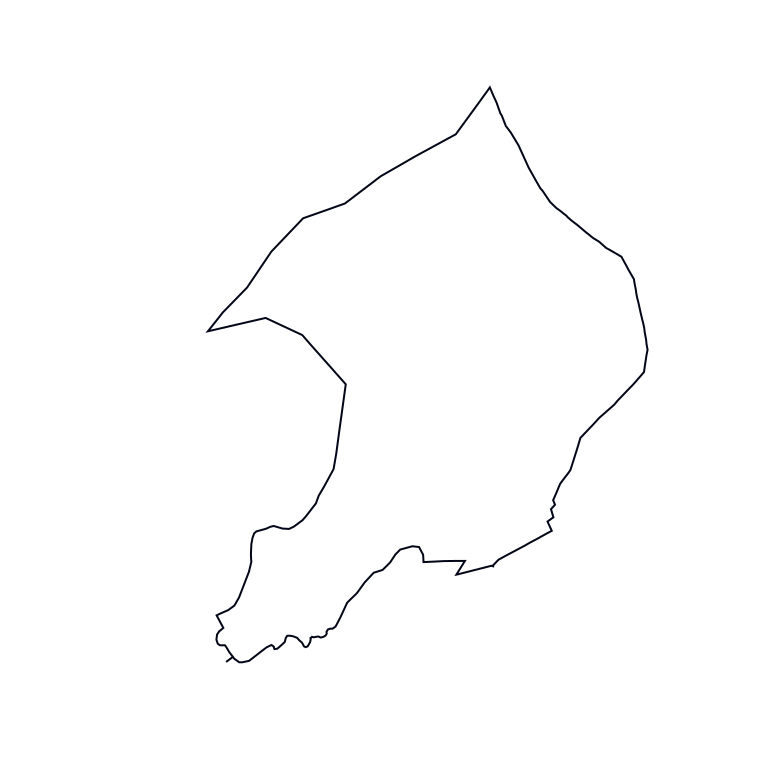 the district of Bahr Al Arab, Eastern Darfur, Sudan, rotated 242°
{"feature_id": "16777658B76242579856769", "entity_name": "Bahr Al Arab", "entity_type": "district", "adm_level": 2, "iso_a3": "SDN", "parent_name": "Sudan", "parent_adm1": "Eastern Darfur", "projection": "robinson", "projection_center": [26.432, 10.41], "detail": "fine", "context": "isolated", "style": "outline", "palette": "ink", "viewbox_px": 768, "rotation_deg": 242, "n_neighbors": 0, "source": "geoboundaries", "source_scale": "gbopen_adm2", "svg_char_len": 3298}
<svg xmlns="http://www.w3.org/2000/svg" viewBox="0 0 768 768"><g transform="rotate(242 384 384)"><path d="M258.3,127.6L257.7,127.6L254.5,127.6L244.0,127.6L243.0,122.4L241.2,119.0L236.9,116.0L232.9,115.3L232.7,115.3L230.5,116.4L229.4,118.1L228.1,120.8L226.9,121.1L224.9,121.3L219.8,121.5L214.0,122.5L212.7,114.1L214.0,122.5L211.7,122.8L208.6,124.4L206.4,125.4L204.9,128.0L202.9,134.9L204.2,142.5L205.4,149.3L206.6,156.6L206.4,162.1L204.2,163.3L203.8,163.2L203.7,163.3L201.4,162.8L200.4,165.4L200.9,168.0L202.7,175.1L205.9,178.1L207.1,180.3L206.1,182.5L203.9,185.3L203.6,185.6L200.7,188.1L197.4,188.9L194.0,190.2L193.4,190.2L189.9,190.2L188.4,191.3L188.2,193.5L190.8,197.6L193.0,199.4L194.2,199.8L194.4,201.7L194.5,201.8L193.3,203.1L192.6,205.6L191.8,207.6L189.9,209.0L189.2,211.6L189.3,214.3L190.4,216.2L192.2,216.9L193.6,219.3L193.2,221.6L193.1,221.9L192.1,223.8L192.2,224.4L192.5,226.6L192.6,227.4L194.4,230.1L198.4,235.9L207.3,247.6L208.2,248.8L209.6,253.4L210.4,256.3L211.6,260.4L212.2,262.2L217.5,273.0L217.7,273.3L218.7,276.2L222.2,286.3L220.5,295.4L222.4,301.9L223.6,305.7L228.1,314.0L230.2,320.6L227.4,332.9L223.6,338.4L223.1,338.4L214.9,338.4L208.2,335.3L208.1,335.5L203.6,345.0L199.4,354.0L193.0,366.4L189.8,372.4L181.7,358.4L181.5,359.0L173.1,393.4L171.8,394.8L172.7,395.3L175.1,402.6L175.2,409.7L175.2,417.1L175.2,425.8L175.2,432.5L175.4,437.7L175.4,443.2L175.4,448.5L175.5,450.9L175.5,452.2L175.6,456.3L175.6,463.2L185.8,463.8L186.8,471.0L195.1,472.7L197.1,478.3L202.0,478.8L205.4,483.1L207.3,485.5L210.1,488.9L211.2,490.2L213.2,492.7L214.3,495.0L215.0,496.5L215.2,496.9L216.2,499.1L216.8,500.3L217.9,502.9L219.4,506.0L220.6,508.3L229.9,517.8L234.7,522.7L239.3,527.3L244.2,532.1L248.6,545.3L249.8,549.0L253.1,558.3L257.7,577.7L259.6,582.3L263.9,595.4L266.5,603.5L268.7,609.4L269.3,610.8L269.8,612.3L272.5,619.2L278.3,623.4L282.4,626.5L285.6,628.8L290.5,632.8L295.9,634.5L300.0,636.2L303.5,637.3L307.6,638.6L311.7,640.2L316.1,641.4L319.8,642.3L326.7,644.1L333.0,645.9L337.1,647.0L342.0,648.2L345.8,649.4L349.3,650.7L354.0,652.1L359.4,653.9L361.2,653.8L363.9,653.7L370.1,653.5L376.8,653.5L380.8,653.4L384.8,653.4L393.0,648.4L399.9,644.0L408.5,640.8L412.8,638.3L414.8,637.1L424.5,633.0L434.0,629.2L440.5,626.2L445.3,624.4L447.2,624.0L449.9,622.7L452.8,621.5L458.7,618.7L466.7,616.1L480.2,614.7L483.4,613.9L493.4,613.6L507.1,613.3L531.4,614.8L546.7,614.0L554.6,612.7L565.5,614.0L568.5,613.8L579.6,615.5L586.7,615.9L596.2,616.7L593.4,611.2L591.6,607.4L589.1,602.4L573.0,569.2L572.0,567.2L570.8,564.8L570.4,523.8L570.3,518.9L570.3,516.9L569.9,506.5L569.0,478.7L561.7,434.2L562.8,427.0L564.3,416.7L568.3,390.4L560.6,367.2L553.8,346.7L533.4,308.3L523.4,277.0L523.0,275.6L520.2,269.3L513.2,253.3L506.8,277.3L501.6,296.7L497.9,310.5L484.2,320.8L465.6,334.8L457.0,336.8L452.7,337.8L416.3,346.6L401.7,350.1L361.2,320.8L345.0,309.2L332.5,299.5L321.9,283.5L320.9,281.9L316.1,274.0L310.5,267.8L307.2,260.4L304.0,253.4L302.0,248.1L300.4,237.5L300.6,232.1L304.1,226.4L304.9,225.6L310.4,220.0L311.3,216.5L311.6,211.8L312.7,206.9L313.8,202.1L313.7,201.9L313.1,199.3L311.6,197.6L309.9,195.7L304.9,191.7L299.1,188.3L296.9,187.0L296.4,186.7L292.1,184.6L289.3,183.4L281.6,176.6L263.5,155.7L258.6,147.9L257.5,140.2L257.9,135.1L258.1,132.7L258.3,127.6Z" fill="none" stroke="#020617" stroke-width="2"/></g></svg>